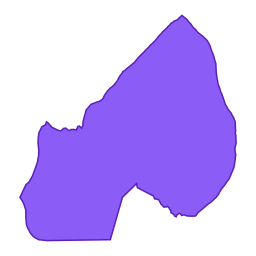 Kurmi, Taraba, Nigeria
{"feature_id": "59680162B29995960925404", "entity_name": "Kurmi", "entity_type": "district", "adm_level": 2, "iso_a3": "NGA", "parent_name": "Nigeria", "parent_adm1": "Taraba", "projection": "robinson", "projection_center": [10.665, 7.257], "detail": "fine", "context": "isolated", "style": "filled", "palette": "violet", "viewbox_px": 256, "rotation_deg": 0, "n_neighbors": 0, "source": "geoboundaries", "source_scale": "gbopen_adm2", "svg_char_len": 2763}
<svg xmlns="http://www.w3.org/2000/svg" viewBox="0 0 256 256"><path d="M46.5,121.8L45.5,124.8L41.9,126.7L38.9,132.8L38.2,138.0L38.0,142.9L38.8,150.4L38.6,155.5L37.4,162.3L35.4,168.1L34.7,170.0L32.4,176.1L28.9,182.2L26.0,184.6L22.4,192.1L21.5,194.1L21.1,194.9L19.9,197.5L20.5,198.1L22.7,201.6L23.9,204.2L25.8,210.1L25.9,218.0L26.3,223.5L26.6,225.1L27.7,228.0L30.3,233.0L32.9,236.1L35.1,237.8L38.8,239.7L47.0,240.6L72.5,240.2L110.3,239.7L122.4,197.4L135.2,184.9L136.6,183.5L137.1,187.0L137.9,188.0L140.5,189.3L150.1,194.3L153.2,195.8L154.3,197.7L154.5,198.9L155.5,199.0L156.4,198.8L157.3,199.5L158.8,199.8L159.9,201.9L160.9,204.0L164.0,207.2L165.3,206.9L166.4,207.0L167.3,206.2L168.0,206.9L168.7,207.1L169.3,208.6L169.9,209.7L171.0,210.8L170.9,212.0L171.0,212.7L172.7,213.7L173.9,214.5L174.6,216.0L176.1,216.8L176.8,215.0L179.2,213.4L180.5,213.8L181.2,215.0L181.9,215.5L183.3,215.0L184.2,214.8L186.7,215.9L191.1,216.2L195.5,216.0L196.1,215.4L197.6,213.0L206.1,205.8L208.5,203.8L210.2,202.7L212.8,200.5L214.9,198.4L216.2,197.3L218.3,194.6L219.9,191.5L220.2,191.1L221.2,189.4L223.7,186.2L225.0,184.6L227.1,181.5L228.3,179.9L229.2,178.8L230.0,176.7L230.8,175.2L231.2,173.6L232.4,171.5L232.8,170.0L233.6,168.4L234.4,165.3L234.7,163.2L235.1,160.2L235.4,157.6L235.7,154.5L235.1,151.5L235.0,147.9L236.1,143.3L236.0,139.7L235.9,137.2L235.8,135.6L235.8,135.2L235.3,133.7L235.6,131.1L235.4,127.0L235.3,124.5L235.2,121.9L233.7,117.9L231.8,114.5L230.8,112.5L229.4,111.0L228.0,109.1L227.0,107.1L225.1,104.1L224.6,102.1L223.6,99.1L222.6,96.1L221.6,93.6L220.6,91.6L219.5,87.6L218.1,84.1L217.8,82.3L217.5,80.5L216.9,77.5L216.3,73.0L216.2,70.9L216.1,69.4L216.0,67.4L215.9,63.8L214.8,60.3L213.8,56.3L213.3,54.8L211.8,51.3L210.8,48.3L209.8,45.3L208.3,42.3L206.9,40.3L203.6,36.9L198.1,32.6L196.7,31.2L195.8,29.7L193.0,27.3L191.1,24.3L189.2,22.4L186.9,19.4L185.1,18.0L182.8,16.1L181.8,15.4L181.0,16.2L177.1,19.9L175.8,20.5L174.1,21.1L173.1,22.0L171.1,23.3L169.8,24.9L168.1,26.5L166.8,28.1L165.5,29.2L164.3,30.3L162.6,31.9L161.3,33.5L159.2,35.6L157.5,37.8L156.2,39.3L155.4,40.4L153.2,42.6L151.5,44.2L150.2,45.3L148.6,47.4L146.8,49.0L145.1,50.6L143.9,52.2L142.6,53.3L140.9,55.0L140.5,55.4L138.3,57.6L136.2,60.2L134.5,62.4L132.4,64.0L130.7,65.6L127.7,67.8L125.9,69.4L124.7,70.5L122.9,71.6L121.7,73.7L120.0,75.8L118.8,77.9L117.1,81.1L115.4,83.2L113.7,85.3L112.4,86.4L110.3,88.1L107.7,90.7L106.1,92.9L104.4,95.5L103.2,98.1L101.9,99.7L99.3,101.4L96.8,102.1L93.1,103.5L91.0,104.3L86.1,110.1L85.7,111.8L85.0,114.4L83.7,119.0L83.0,121.8L82.8,125.8L82.0,127.2L81.7,127.8L81.6,128.1L79.3,126.0L77.8,126.5L76.4,130.0L73.2,129.4L71.0,129.5L70.0,130.5L67.9,130.0L65.9,128.1L63.6,128.4L60.9,130.9L58.5,130.5L52.1,127.4L48.1,123.0L46.5,121.8Z" fill="#8b5cf6" stroke="#5b21b6" stroke-width="1.5"/></svg>